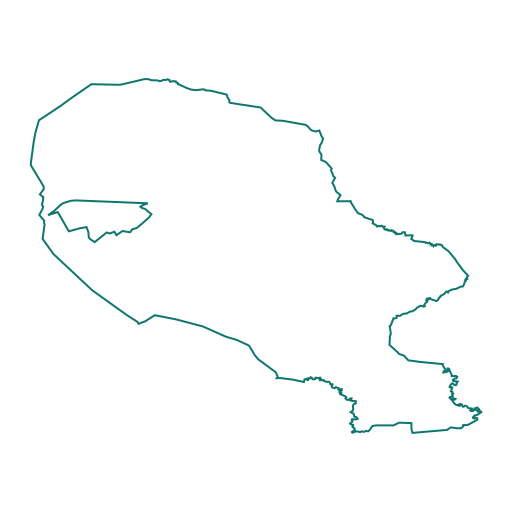 the district of Durbes pag., Durbes, Latvia
{"feature_id": "27541924B87236777482694", "entity_name": "Durbes pag.", "entity_type": "district", "adm_level": 2, "iso_a3": "LVA", "parent_name": "Latvia", "parent_adm1": "Durbes", "projection": "equal_earth", "projection_center": [21.473, 56.574], "detail": "fine", "context": "isolated", "style": "outline", "palette": "teal", "viewbox_px": 512, "rotation_deg": 0, "n_neighbors": 0, "source": "geoboundaries", "source_scale": "gbopen_adm2", "svg_char_len": 6045}
<svg xmlns="http://www.w3.org/2000/svg" viewBox="0 0 512 512"><path d="M456.5,261.5L455.4,259.4L449.2,252.0L447.4,250.2L443.1,247.3L441.8,245.1L441.1,245.2L440.4,244.5L439.5,244.3L439.1,244.7L436.8,244.1L435.9,244.9L436.1,245.6L435.5,245.7L434.9,245.0L434.4,245.5L433.5,245.2L433.3,245.9L432.9,245.2L432.0,245.4L432.0,244.4L430.5,244.5L430.8,243.6L429.3,242.7L427.9,243.3L426.7,242.6L425.7,242.9L424.9,242.1L414.1,241.0L411.2,238.8L412.6,236.0L412.4,235.3L405.5,235.5L404.9,232.3L402.8,232.2L402.3,232.4L402.0,233.3L400.9,233.8L396.6,234.2L396.8,233.6L396.2,232.8L395.4,233.3L394.8,233.0L394.8,232.4L393.6,232.1L393.4,231.4L393.7,231.2L392.8,230.5L391.7,230.7L391.3,230.3L390.8,231.0L389.0,230.1L388.6,230.6L388.2,230.5L387.4,229.6L386.7,229.9L386.2,229.3L385.3,229.7L384.4,229.1L384.6,228.8L383.8,227.6L384.5,226.7L382.7,226.6L382.2,225.9L381.4,225.7L380.2,226.4L378.8,225.8L377.0,226.5L376.3,225.3L372.8,223.4L373.1,223.0L372.8,220.1L364.0,217.1L363.7,216.2L362.2,214.8L357.9,213.1L354.5,208.2L350.7,202.0L350.7,201.2L337.3,201.3L337.9,199.5L340.5,195.1L336.3,191.7L335.6,190.4L334.5,186.8L332.3,182.9L335.1,177.8L333.1,175.8L332.5,173.6L330.9,170.2L331.7,168.6L326.0,162.1L321.2,159.9L321.5,154.8L319.3,151.4L319.2,149.5L320.2,144.8L321.5,143.2L323.1,138.6L321.4,135.9L319.3,130.5L315.7,131.5L311.9,130.5L310.3,129.3L307.8,126.4L305.4,124.8L282.9,120.8L275.4,120.4L271.4,117.7L260.6,107.5L230.3,102.9L229.3,102.3L229.3,100.1L227.6,97.5L226.7,94.6L211.1,90.8L205.2,90.3L204.7,89.6L203.2,89.3L195.9,90.2L190.7,89.5L186.2,87.8L178.8,84.3L177.9,84.2L177.7,82.8L176.2,82.5L175.8,81.3L173.7,81.4L173.0,81.0L170.3,81.9L169.4,80.7L169.5,80.1L167.4,79.3L165.9,80.0L163.6,79.8L161.0,81.0L159.0,81.1L157.8,80.4L151.2,80.2L148.6,79.2L144.5,79.1L120.2,84.8L91.4,84.2L72.4,97.3L60.3,106.1L38.9,120.3L35.5,132.4L33.7,141.9L30.7,164.3L31.0,165.5L43.6,186.4L43.8,189.0L39.9,194.4L43.3,197.1L42.9,198.0L43.2,198.7L43.0,200.8L41.9,204.9L43.2,206.8L42.3,209.3L39.3,214.9L44.2,220.7L44.0,222.8L44.6,224.5L42.6,238.8L53.4,254.0L92.1,290.2L127.0,315.2L137.5,321.9L138.6,323.8L145.2,321.3L154.8,315.2L176.1,319.4L202.7,326.4L225.9,336.7L236.7,339.9L249.0,345.6L254.9,355.3L258.1,359.2L275.7,372.2L277.6,376.3L277.6,376.8L276.7,378.2L281.0,378.1L292.7,379.6L303.9,382.0L304.5,379.4L306.5,379.2L307.5,380.1L308.1,380.0L308.2,379.5L307.2,378.6L308.2,378.2L309.8,378.6L310.6,377.2L312.0,378.0L312.4,379.0L313.0,379.4L315.2,379.1L315.7,378.6L315.3,378.0L315.6,377.7L318.9,378.1L320.0,377.6L320.7,378.5L319.5,379.3L319.9,380.3L323.4,380.0L323.7,380.2L323.6,380.7L325.7,381.6L327.4,381.9L328.9,381.7L329.5,382.0L330.5,384.4L332.3,384.1L332.5,384.7L331.9,385.5L331.8,386.5L332.0,387.3L332.6,387.7L334.8,388.1L335.6,387.2L336.0,387.2L338.7,388.3L338.5,389.5L341.8,389.1L341.8,390.3L340.7,391.3L339.6,391.2L339.4,392.2L339.7,392.5L341.3,392.8L341.2,393.3L340.1,393.2L339.9,393.7L340.5,394.3L344.3,395.8L346.3,397.1L346.2,397.7L345.5,398.5L347.1,399.9L349.3,399.9L349.0,399.4L350.8,398.3L351.5,398.4L350.5,400.5L350.8,400.7L355.8,401.2L355.4,402.1L355.9,403.2L353.6,404.4L352.8,405.8L353.2,409.2L352.7,410.7L350.7,412.2L353.2,413.4L354.2,414.9L354.0,415.8L354.5,416.8L356.4,417.1L357.6,418.9L355.8,419.4L352.1,419.2L351.7,419.9L352.3,420.7L352.4,421.7L350.1,423.3L350.0,423.6L351.3,424.6L353.1,424.8L353.2,425.4L352.5,426.9L354.7,428.6L354.7,430.0L351.9,432.0L352.4,432.7L356.3,431.3L360.3,432.1L361.7,431.3L363.7,431.9L366.1,431.0L368.3,431.3L370.1,429.5L372.3,426.0L376.0,425.4L393.6,425.4L398.7,422.8L399.6,422.7L411.4,423.1L411.5,429.2L412.4,432.9L447.1,429.9L450.9,427.4L456.9,428.3L461.2,428.2L463.3,426.3L463.0,425.7L463.2,425.1L467.7,425.0L477.3,419.8L477.4,418.6L477.0,418.1L475.5,417.7L474.3,418.6L473.2,418.1L472.9,417.4L474.4,415.6L477.4,414.8L481.3,412.2L481.2,411.6L480.5,411.3L477.6,411.6L477.6,410.7L479.2,409.4L477.3,407.5L475.0,408.3L476.5,410.0L473.2,409.5L473.5,410.6L473.2,410.9L471.0,411.0L470.3,410.3L472.0,408.9L471.9,408.5L468.4,408.1L466.7,406.2L465.6,405.7L464.8,405.8L463.7,406.7L462.8,406.7L462.0,404.7L460.7,403.9L459.1,404.4L460.2,405.1L460.3,405.5L460.1,405.7L458.9,405.8L455.5,404.5L453.2,402.1L452.4,400.5L453.0,399.9L455.2,399.4L455.5,398.9L452.9,398.3L451.9,399.5L451.4,399.6L449.7,398.0L449.5,397.5L449.8,397.1L452.7,396.4L452.3,395.2L453.0,394.0L452.4,393.9L452.7,393.3L452.1,392.9L452.3,391.8L450.9,391.4L452.3,387.6L451.9,387.2L450.0,387.5L449.6,387.2L449.8,386.0L451.8,383.5L452.8,383.4L454.2,384.9L455.8,385.2L456.6,384.5L456.5,383.3L457.7,381.6L453.6,381.0L453.0,380.6L452.9,379.9L454.9,378.5L456.4,378.4L457.3,376.9L456.0,376.0L451.7,376.1L451.6,374.5L449.8,371.1L449.3,369.2L448.2,368.4L447.4,368.5L447.4,370.0L448.5,370.4L448.3,371.0L446.3,372.0L443.4,372.5L443.7,371.4L445.2,370.4L445.2,369.3L442.3,364.5L442.6,364.1L419.8,361.9L408.3,360.3L403.9,355.6L399.0,353.9L398.1,352.7L389.5,344.9L389.7,340.0L390.0,338.8L389.7,336.6L390.3,335.6L390.8,333.4L389.7,326.0L390.7,325.5L393.5,318.3L394.7,318.5L396.6,317.8L396.8,316.9L396.5,315.9L397.9,315.6L399.8,316.0L402.5,314.2L404.7,313.5L406.8,313.5L409.9,311.6L412.2,311.4L415.5,309.4L416.8,307.9L420.0,306.0L421.3,305.8L423.6,306.6L424.6,306.3L424.8,306.1L424.2,305.6L424.2,304.8L426.1,302.4L427.3,301.7L427.3,300.6L426.5,300.2L427.0,299.8L426.8,299.4L428.0,299.4L427.6,298.6L428.8,298.6L428.9,298.2L429.4,298.1L429.5,298.7L430.3,298.4L430.5,298.9L432.2,299.7L436.4,301.0L438.1,299.9L438.9,297.9L440.3,297.0L440.4,296.1L444.2,294.0L446.3,291.5L447.4,291.6L448.0,292.4L448.6,291.2L451.5,289.7L456.6,288.7L460.1,286.9L463.0,286.4L464.4,283.4L464.8,281.3L465.8,280.8L465.3,280.0L466.5,279.4L466.2,278.8L467.1,278.6L466.7,278.2L467.0,276.9L468.2,275.8L463.1,270.4L456.5,261.5ZM57.8,212.1L48.1,215.1L53.9,211.2L60.1,205.3L62.9,203.2L70.8,200.8L75.8,200.4L147.8,203.3L143.0,205.0L140.4,206.7L142.0,208.0L145.0,208.9L151.4,214.2L149.0,217.5L141.7,223.9L136.8,228.0L132.4,229.2L130.1,232.3L122.5,231.0L116.4,235.2L114.4,231.7L109.7,233.5L106.7,232.5L94.7,242.1L90.3,239.2L88.8,237.6L88.3,231.8L86.5,227.1L79.3,228.4L68.8,231.3L57.8,212.1Z" fill="none" stroke="#0f766e" stroke-width="2"/></svg>